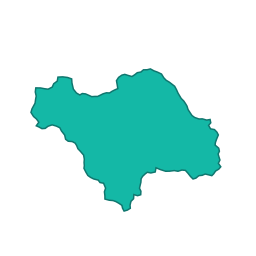 Contagem, Minas Gerais, Brazil (Robinson projection), rotated 138°
{"feature_id": "56859067B35931287026630", "entity_name": "Contagem", "entity_type": "district", "adm_level": 2, "iso_a3": "BRA", "parent_name": "Brazil", "parent_adm1": "Minas Gerais", "projection": "robinson", "projection_center": [-44.079, -19.891], "detail": "fine", "context": "isolated", "style": "filled", "palette": "teal", "viewbox_px": 256, "rotation_deg": 138, "n_neighbors": 0, "source": "geoboundaries", "source_scale": "gbopen_adm2", "svg_char_len": 2062}
<svg xmlns="http://www.w3.org/2000/svg" viewBox="0 0 256 256"><g transform="rotate(138 128 128)"><path d="M186.5,68.9L183.4,67.4L180.0,66.8L178.1,69.3L174.9,71.5L171.2,71.7L168.2,74.6L166.2,71.3L163.2,69.9L160.7,72.4L159.8,75.5L157.6,77.1L154.8,79.0L152.2,81.5L149.5,82.3L146.1,82.4L143.3,82.2L141.1,79.3L137.2,77.1L133.8,79.7L131.8,75.5L129.0,70.7L126.0,68.1L122.1,65.4L119.8,62.4L116.1,60.7L113.7,58.1L113.7,54.2L114.0,50.1L113.8,46.6L111.1,45.3L107.3,45.2L104.5,43.2L101.4,42.1L99.2,38.9L97.6,36.5L95.1,36.6L91.7,37.4L88.0,36.7L85.0,37.1L84.5,41.3L81.1,42.7L79.7,45.8L78.4,48.4L75.6,49.6L74.1,52.3L74.7,57.0L72.8,58.7L69.7,60.4L65.5,62.4L64.7,65.4L64.8,69.0L67.2,72.1L66.4,76.0L63.0,76.5L61.3,79.4L64.2,81.2L66.6,85.0L69.2,87.2L71.4,91.2L72.1,94.4L71.6,98.0L71.0,101.6L69.5,104.8L68.9,107.9L68.5,110.7L68.7,114.4L67.5,120.4L66.3,124.1L65.4,127.8L66.6,134.4L67.7,137.9L67.8,141.4L67.0,145.7L68.7,149.8L70.5,153.2L71.8,156.9L74.8,158.5L77.6,160.9L81.0,161.0L84.1,162.9L87.4,163.1L90.6,163.6L92.5,166.6L94.5,170.0L97.2,171.4L101.1,171.9L104.9,170.9L107.2,167.2L109.2,164.1L112.5,165.2L115.5,166.0L118.3,166.4L120.5,168.6L123.6,170.1L126.5,170.9L129.5,171.8L131.7,173.8L134.0,175.6L135.3,178.6L136.7,181.7L138.9,184.2L141.7,184.8L142.9,188.5L142.6,193.4L141.0,196.3L139.5,199.0L137.0,202.2L139.1,206.0L142.3,209.7L146.0,212.7L149.2,210.2L153.6,210.6L156.9,209.1L161.4,210.3L163.7,213.0L166.3,216.4L169.7,219.5L172.8,216.8L174.9,213.1L177.3,211.3L180.5,208.6L183.4,207.6L186.5,206.5L189.7,204.5L190.5,199.7L190.0,196.0L190.4,192.0L194.7,191.0L193.5,188.3L192.4,185.1L189.8,183.1L186.2,182.8L182.3,181.1L180.0,177.4L178.5,173.8L179.4,170.5L179.8,165.1L181.9,161.4L181.3,158.2L178.5,155.2L177.4,152.1L177.9,149.3L179.1,146.1L179.0,142.8L179.1,137.6L181.3,134.1L183.8,131.7L185.7,129.2L187.7,127.5L188.8,123.5L189.6,119.6L188.9,116.4L187.6,113.1L185.0,109.2L185.3,106.2L183.1,103.3L184.9,98.3L188.2,96.4L190.6,93.0L192.7,90.6L190.2,86.8L187.6,84.0L186.2,81.3L185.2,78.3L184.3,74.6L185.7,72.1L186.5,68.9Z" fill="#14b8a6" stroke="#0f766e" stroke-width="1.5"/></g></svg>